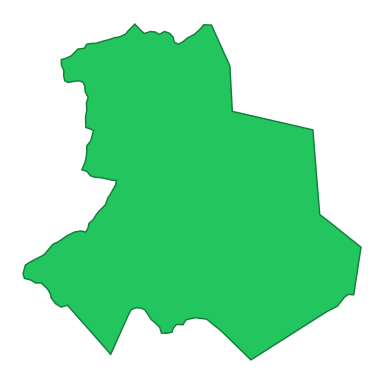 Itaporanga, Paraíba, Brazil (Robinson projection)
{"feature_id": "56859067B19196458255642", "entity_name": "Itaporanga", "entity_type": "district", "adm_level": 2, "iso_a3": "BRA", "parent_name": "Brazil", "parent_adm1": "Paraíba", "projection": "robinson", "projection_center": [-38.236, -7.279], "detail": "fine", "context": "isolated", "style": "filled", "palette": "green", "viewbox_px": 384, "rotation_deg": 0, "n_neighbors": 0, "source": "geoboundaries", "source_scale": "gbopen_adm2", "svg_char_len": 1740}
<svg xmlns="http://www.w3.org/2000/svg" viewBox="0 0 384 384"><path d="M77.8,49.1L74.6,52.5L71.1,55.9L66.2,58.2L61.3,59.6L61.5,65.4L63.8,70.3L63.7,76.1L64.7,80.7L68.0,82.5L73.9,81.4L78.6,80.8L82.9,82.1L84.8,86.0L85.1,91.6L88.2,97.4L86.4,102.8L86.8,110.5L85.6,116.1L85.6,120.7L85.8,127.5L89.4,128.6L93.6,130.4L92.3,135.1L90.7,141.0L86.8,145.7L86.8,150.6L86.4,156.2L85.2,161.7L83.6,166.0L81.9,169.8L86.8,171.3L90.3,175.6L94.6,177.3L100.6,177.6L106.6,178.9L112.1,180.2L116.4,180.4L115.6,184.9L110.4,194.2L107.8,198.0L105.6,204.5L99.1,211.1L96.6,214.2L92.7,220.1L89.0,223.4L88.0,228.0L85.8,232.0L81.0,231.0L75.1,231.9L67.8,235.2L62.1,239.2L57.4,242.3L53.1,244.1L48.4,249.6L44.5,254.3L41.3,256.3L36.2,258.8L30.3,261.9L25.4,265.1L23.0,273.7L24.5,278.4L30.8,280.0L35.6,283.0L41.3,283.0L47.4,288.8L50.2,293.4L51.1,297.8L55.7,303.8L61.2,307.1L67.4,305.2L72.5,311.0L85.5,325.6L99.7,341.8L110.7,354.3L128.6,314.4L131.1,309.7L135.9,307.8L140.4,308.0L144.7,309.6L147.6,314.0L151.5,319.8L155.6,323.1L159.7,327.4L161.5,333.1L167.0,333.2L171.9,332.2L173.3,328.2L176.5,324.4L183.1,324.7L185.8,320.0L189.7,318.9L195.6,317.7L201.5,318.5L206.6,319.1L221.5,331.2L250.9,359.9L326.8,311.6L337.4,306.2L341.3,301.2L344.3,297.3L348.2,294.4L353.7,294.8L361.0,247.2L327.0,220.1L319.7,214.5L318.9,204.3L315.4,161.9L312.9,129.9L262.5,118.3L232.3,111.4L229.9,66.0L223.1,50.9L218.2,40.0L211.5,25.1L203.7,24.8L200.1,29.2L194.5,34.2L187.2,38.2L183.1,41.7L178.2,44.2L174.2,42.2L173.1,37.1L169.6,33.3L164.5,31.5L159.2,34.4L155.2,32.0L150.6,31.5L144.3,33.5L139.7,29.3L134.8,24.1L131.9,27.1L128.0,31.1L125.4,34.2L119.6,36.9L114.5,37.7L110.6,39.1L106.8,40.2L102.5,41.3L96.0,43.3L91.0,43.5L86.6,44.2L84.5,48.2L77.8,49.1Z" fill="#22c55e" stroke="#15803d" stroke-width="1.5"/></svg>